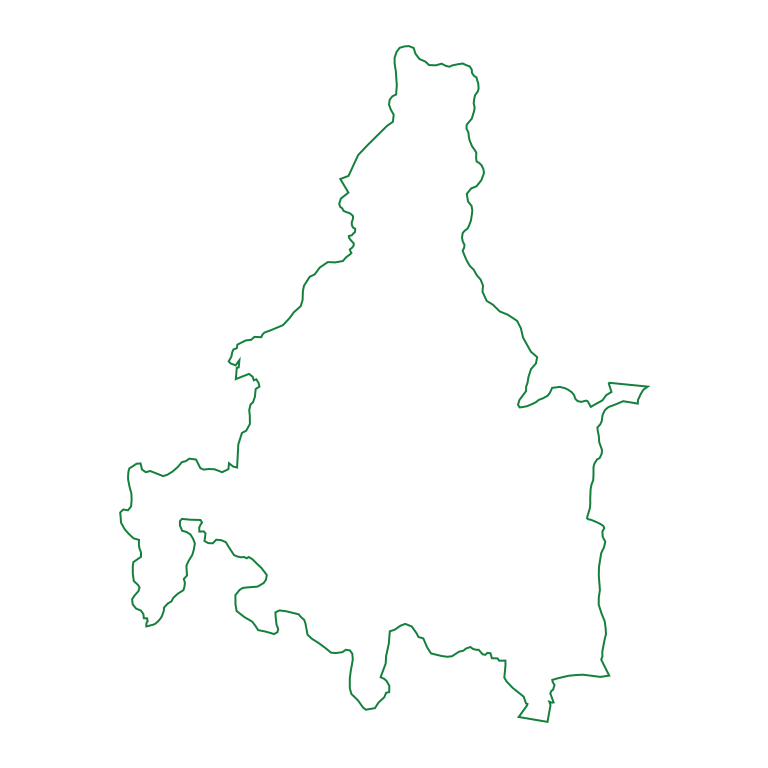 outline of Miahuatlán, Veracruz, Mexico
{"feature_id": "50627088B71678919151694", "entity_name": "Miahuatlán", "entity_type": "district", "adm_level": 2, "iso_a3": "MEX", "parent_name": "Mexico", "parent_adm1": "Veracruz", "projection": "orthographic", "projection_center": [-96.884, 19.731], "detail": "fine", "context": "isolated", "style": "outline", "palette": "green", "viewbox_px": 768, "rotation_deg": 0, "n_neighbors": 0, "source": "geoboundaries", "source_scale": "gbopen_adm2", "svg_char_len": 6092}
<svg xmlns="http://www.w3.org/2000/svg" viewBox="0 0 768 768"><path d="M599.0,566.8L601.2,553.1L604.0,547.3L605.3,541.7L602.7,536.8L602.4,531.4L604.3,528.1L603.3,525.9L600.2,523.9L595.9,521.8L590.4,519.6L588.5,519.4L587.0,518.3L587.6,515.7L590.0,507.7L590.3,502.9L590.2,499.4L590.6,489.4L591.5,484.6L593.2,480.2L593.5,474.4L593.5,467.0L594.5,463.4L597.0,459.5L599.6,458.1L601.7,453.8L602.0,450.0L599.2,442.1L598.8,435.9L597.7,430.7L597.4,427.5L600.3,424.3L601.8,420.9L602.5,415.3L604.8,410.2L608.4,407.1L615.6,404.4L623.2,401.2L637.8,403.6L638.0,400.0L640.6,394.3L643.4,389.7L647.8,386.6L609.3,382.8L608.8,383.6L611.5,392.0L606.3,395.1L602.4,400.4L593.8,405.1L590.8,406.9L587.8,401.4L586.2,400.6L581.2,401.9L577.7,401.1L575.5,399.1L573.9,394.8L571.5,392.0L567.9,389.6L564.7,388.1L559.6,386.9L552.1,387.9L549.9,392.8L547.7,395.7L543.0,398.3L538.9,399.8L536.2,402.0L532.5,403.9L527.1,406.2L522.4,407.1L519.6,407.4L518.0,404.7L519.5,399.9L526.1,391.0L526.1,386.7L527.5,383.0L528.5,376.8L531.0,369.1L535.9,363.5L537.2,357.2L530.9,351.7L523.0,337.5L520.9,328.3L517.1,320.9L508.0,314.8L499.7,311.4L492.9,304.7L486.7,300.9L482.5,291.8L483.0,285.5L480.6,279.6L476.9,275.4L473.7,269.7L469.8,265.9L466.6,260.3L463.8,253.8L462.7,250.7L464.1,247.8L464.5,245.0L462.7,241.3L462.0,237.5L462.7,233.0L464.7,230.7L467.6,228.6L469.2,225.2L470.9,220.6L471.9,214.4L472.3,210.7L471.6,206.0L468.0,201.4L466.8,193.9L471.2,188.4L476.5,186.3L481.4,180.1L484.0,173.0L483.3,168.9L481.7,165.5L479.4,163.1L476.6,161.5L476.1,158.1L476.3,152.7L474.7,149.9L472.1,146.4L469.6,140.4L468.9,137.1L468.4,132.4L466.5,128.6L466.7,124.8L471.8,118.6L474.2,110.7L474.6,107.2L473.7,103.2L474.2,98.8L475.1,95.2L477.7,91.6L478.6,88.7L478.2,83.1L477.1,80.2L476.5,77.4L474.1,76.0L472.0,73.0L471.7,69.5L469.7,66.4L466.1,65.1L462.7,63.5L457.1,64.4L452.3,65.4L449.5,66.7L445.9,65.9L441.6,63.7L436.0,65.3L429.1,65.1L425.4,61.6L419.4,59.0L415.4,53.6L413.7,48.0L408.9,46.1L404.6,46.4L399.7,47.8L396.6,51.8L394.6,57.8L394.6,63.6L395.8,71.0L396.8,85.2L396.1,94.5L392.4,96.3L389.7,99.7L389.0,104.6L390.9,109.8L393.7,114.7L392.9,121.8L387.2,125.7L368.2,144.5L358.2,155.0L348.5,175.9L340.3,179.0L348.4,192.6L340.8,198.6L339.2,203.9L340.2,206.9L342.3,208.4L343.5,210.8L346.3,212.1L349.8,213.2L352.7,215.6L353.1,217.5L352.7,219.8L351.8,222.0L351.8,224.5L352.4,226.5L353.4,227.9L355.1,228.7L355.2,230.6L354.8,232.3L353.2,233.6L351.8,235.3L348.9,236.0L348.8,237.3L350.6,240.0L353.8,243.5L353.6,245.7L352.1,247.7L349.8,249.5L350.2,250.9L351.4,253.0L350.0,254.4L346.1,257.3L342.9,261.0L335.3,262.4L327.8,262.1L319.8,267.5L314.7,274.4L309.7,276.8L304.0,285.7L302.9,291.1L302.6,300.0L300.7,306.2L293.8,312.3L289.5,318.2L282.9,325.2L269.9,330.6L264.5,332.5L262.4,334.7L261.3,337.2L254.4,336.9L251.2,339.8L245.8,340.4L237.4,344.6L236.8,348.2L233.5,349.4L232.2,352.3L231.4,356.6L228.7,361.4L230.7,363.5L235.6,365.3L239.4,360.1L238.7,367.4L236.8,367.7L235.8,379.1L249.0,373.9L252.6,376.7L253.8,380.3L256.3,379.3L258.7,383.2L259.4,386.7L255.7,389.0L254.9,396.8L253.0,402.3L250.6,404.4L249.2,410.1L249.8,415.6L249.9,424.0L246.2,430.7L241.9,433.0L238.3,444.5L237.1,467.5L233.2,466.6L229.0,463.2L228.4,469.2L222.1,472.2L214.7,469.3L208.7,469.0L203.9,469.6L200.4,468.2L196.0,459.5L189.2,458.7L185.9,461.1L181.9,462.1L178.0,466.8L172.8,471.4L167.3,474.8L163.1,476.1L150.2,471.0L145.8,472.2L141.8,469.4L141.5,467.1L140.5,463.4L136.4,463.8L132.6,466.4L129.4,468.3L128.5,471.3L128.1,475.4L128.1,479.5L129.5,486.5L131.4,493.6L131.6,500.1L131.1,506.4L128.0,510.3L123.3,509.5L120.2,512.5L120.7,517.7L121.0,522.6L124.8,529.4L128.8,533.9L133.5,538.3L139.0,539.9L138.9,544.2L139.3,547.9L141.0,552.4L141.0,556.8L133.4,562.1L132.8,566.1L132.8,573.7L133.8,581.0L138.1,585.0L139.5,587.6L138.4,591.2L134.4,595.7L132.1,599.3L132.7,604.4L136.1,608.6L140.9,610.6L143.4,614.1L143.8,618.2L147.2,618.4L147.2,619.6L147.7,621.2L146.9,622.1L146.5,622.9L146.3,624.8L146.3,626.4L148.4,626.0L150.2,625.4L152.2,625.0L155.1,623.9L158.0,621.4L160.4,618.6L161.8,616.4L163.7,611.2L164.1,607.5L167.8,603.5L171.4,601.4L173.3,597.8L177.8,593.7L183.4,590.2L184.5,586.6L184.9,582.7L183.8,579.0L187.0,575.5L186.4,565.7L188.6,560.9L192.3,554.9L193.8,549.6L194.9,543.5L193.0,538.6L190.4,534.4L186.3,531.9L182.2,530.8L180.0,525.7L179.9,521.1L182.0,518.9L190.2,519.7L200.5,520.0L202.0,522.6L200.3,525.1L199.2,527.7L199.4,531.6L203.8,531.4L205.5,533.4L204.5,541.0L208.2,543.1L212.8,543.3L216.2,539.7L221.3,540.2L225.9,542.2L228.5,546.6L234.0,555.1L237.7,556.6L241.4,557.3L244.0,557.0L246.8,558.3L248.7,557.0L252.4,559.2L256.7,563.5L261.2,567.7L266.8,575.0L266.0,579.6L263.7,583.0L257.6,586.6L246.4,587.5L242.6,588.0L239.6,589.9L235.4,595.1L235.5,604.5L236.6,611.0L244.4,617.1L252.3,621.7L255.5,626.0L258.1,630.1L264.8,631.4L271.3,633.2L274.0,634.1L277.4,632.2L278.2,629.1L276.5,624.5L275.7,617.1L275.4,612.4L279.5,610.4L286.3,611.3L298.7,614.3L300.7,616.8L304.2,619.9L305.5,623.7L307.5,634.6L311.8,638.7L318.4,642.9L325.0,647.7L331.1,652.7L335.9,653.0L342.3,652.2L345.8,649.8L350.0,650.4L352.3,653.8L352.8,659.2L351.9,664.8L350.7,671.2L349.8,678.3L349.8,688.2L351.4,694.0L358.0,700.4L363.0,707.5L365.8,709.7L375.0,708.1L378.3,702.8L384.3,697.2L386.1,692.8L389.2,692.1L389.3,685.8L386.7,681.2L384.5,679.0L380.6,677.2L385.7,663.5L386.1,656.1L388.8,643.7L389.8,631.3L394.7,629.7L400.5,625.7L405.3,623.9L411.8,626.5L416.4,633.0L418.5,637.0L423.3,638.4L427.1,647.3L431.0,653.4L441.1,655.9L447.4,656.8L452.1,656.2L459.0,651.7L463.3,650.7L466.1,648.5L470.4,647.0L473.0,649.0L476.5,649.8L478.7,649.8L482.6,654.3L485.4,654.8L487.4,652.9L490.4,653.2L491.9,658.2L497.5,658.4L499.2,660.7L505.4,660.6L505.5,665.3L504.3,677.6L506.6,681.5L512.7,687.9L523.7,696.7L526.0,703.4L527.5,704.0L527.0,705.5L518.7,717.0L547.5,721.9L550.5,705.1L549.3,701.7L552.1,702.7L553.6,702.4L550.3,693.4L551.4,690.9L553.1,689.7L554.5,685.0L552.7,682.1L552.3,679.9L558.5,678.1L569.0,675.7L576.9,675.0L583.0,674.7L600.4,676.9L609.2,675.6L601.2,659.6L602.4,656.6L602.3,651.7L604.5,640.1L606.0,633.9L605.6,628.1L604.7,621.3L601.5,613.4L598.7,604.6L598.8,597.2L599.9,590.1L598.8,575.6L599.0,566.8Z" fill="none" stroke="#15803d" stroke-width="2"/></svg>